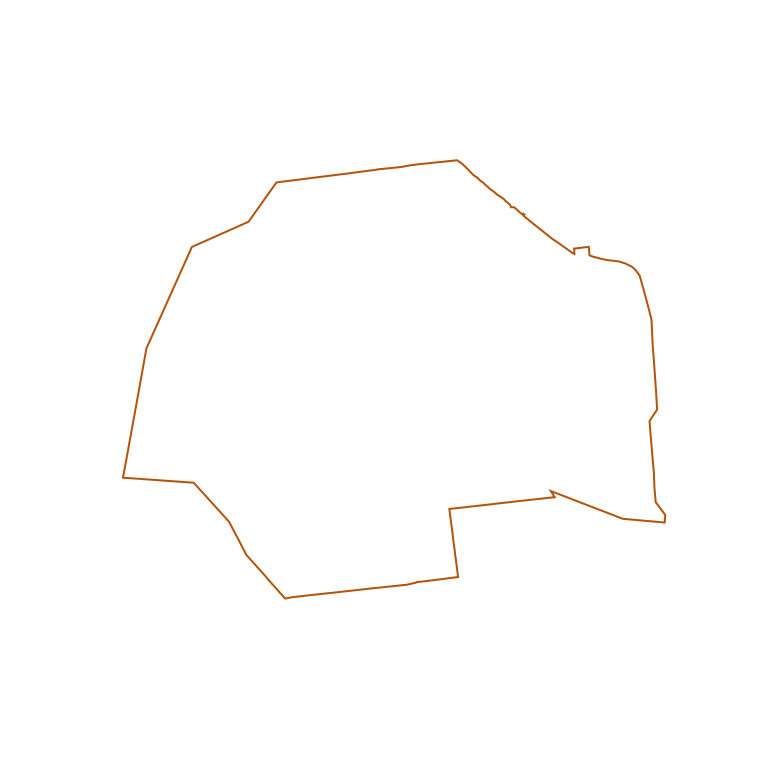 outline of San Francisco Lachigoló, Oaxaca, Mexico, rotated 250°
{"feature_id": "50627088B79182667704581", "entity_name": "San Francisco Lachigoló", "entity_type": "district", "adm_level": 2, "iso_a3": "MEX", "parent_name": "Mexico", "parent_adm1": "Oaxaca", "projection": "mercator", "projection_center": [-96.594, 17.027], "detail": "fine", "context": "isolated", "style": "outline", "palette": "amber", "viewbox_px": 768, "rotation_deg": 250, "n_neighbors": 0, "source": "geoboundaries", "source_scale": "gbopen_adm2", "svg_char_len": 2194}
<svg xmlns="http://www.w3.org/2000/svg" viewBox="0 0 768 768"><g transform="rotate(250 384 384)"><path d="M228.4,468.4L219.3,505.7L226.3,504.2L175.7,562.2L157.8,600.4L164.7,603.5L180.0,598.9L193.5,602.5L208.9,607.4L223.9,611.4L242.4,616.4L258.3,620.8L260.1,623.2L261.6,625.1L264.8,629.5L266.6,631.9L282.6,636.7L295.8,640.5L314.4,645.8L327.7,649.5L337.6,652.6L352.8,657.3L355.0,657.6L364.2,658.5L384.6,660.3L398.3,661.3L404.4,659.6L409.0,657.4L410.0,656.5L415.0,651.7L416.8,649.3L419.2,646.0L424.1,636.1L427.0,631.5L428.0,629.9L429.1,628.4L432.0,624.2L434.6,621.1L442.9,623.3L444.2,617.7L444.7,615.5L445.2,613.2L446.2,609.0L441.1,607.4L442.1,606.3L456.5,596.4L462.8,591.8L468.9,588.1L480.9,580.7L481.8,580.1L493.1,573.4L494.6,572.7L495.2,573.9L496.4,573.1L496.3,571.9L497.8,571.0L499.0,570.2L500.6,569.5L501.8,568.8L503.4,568.0L504.3,567.4L505.3,567.0L505.9,565.8L506.3,565.1L506.6,563.9L507.7,563.8L509.4,563.6L511.0,562.9L513.1,561.6L514.2,560.9L516.0,560.1L517.0,559.8L518.0,559.0L519.3,558.2L519.7,557.9L520.0,557.7L520.7,557.0L521.4,556.6L523.2,555.0L525.7,553.9L527.8,552.5L529.4,551.4L531.1,550.2L532.3,549.7L533.4,549.1L533.9,548.9L535.6,547.8L537.2,547.0L539.1,546.2L540.3,545.3L541.5,544.5L542.3,543.9L544.2,543.0L545.3,542.5L545.9,542.1L546.6,541.8L547.9,540.8L549.7,539.5L555.7,536.8L557.8,535.9L563.9,532.9L568.2,530.0L569.3,529.0L579.7,487.5L579.4,487.2L579.9,486.0L580.4,484.1L580.9,481.4L581.4,478.4L581.8,475.4L582.5,472.8L583.1,470.0L583.7,467.8L584.4,464.8L584.8,463.1L585.4,461.3L586.1,458.4L586.7,455.9L587.2,454.1L587.9,451.1L587.9,450.5L594.8,419.4L601.5,390.1L610.2,351.9L582.8,312.2L578.5,250.4L498.8,173.0L440.1,138.8L385.2,106.7L356.3,171.4L324.0,184.6L307.5,191.3L282.9,194.6L270.5,196.2L244.4,206.7L243.9,206.9L239.6,208.4L216.2,217.7L215.0,225.1L214.5,227.0L213.0,233.3L209.8,246.6L207.1,257.5L205.0,266.0L202.7,275.4L196.2,302.3L187.5,337.1L186.4,346.3L186.7,346.5L183.3,360.8L177.3,387.6L191.0,390.7L193.3,391.2L196.3,391.9L198.9,392.4L201.3,393.0L208.1,394.5L211.0,395.2L214.3,395.9L218.1,396.8L221.1,397.5L224.8,398.3L228.7,399.2L231.2,399.7L234.1,400.4L235.6,400.7L244.2,402.7L232.1,452.9L228.4,468.4Z" fill="none" stroke="#b45309" stroke-width="2"/></g></svg>